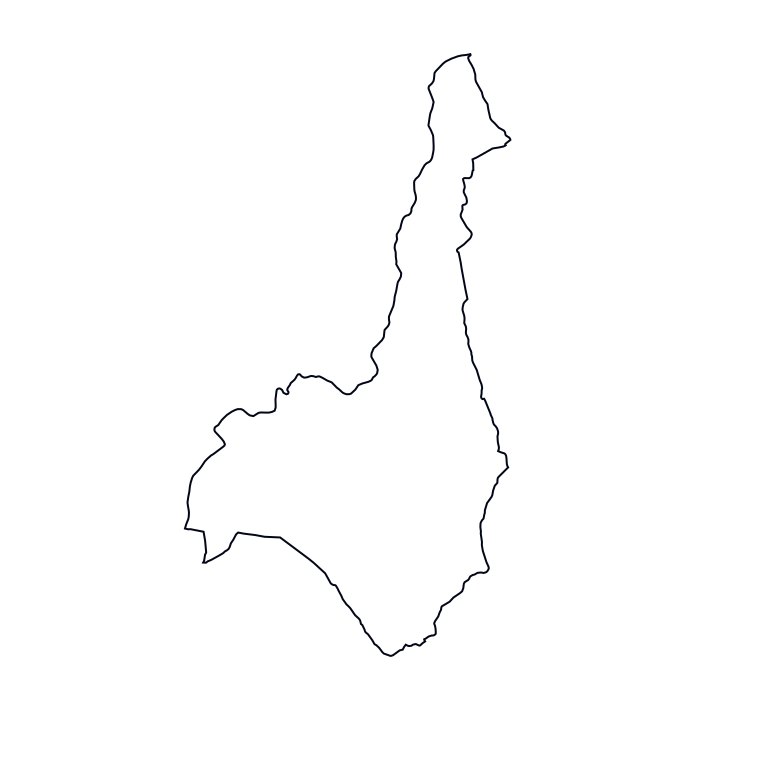 outline of Guachapala, Azuay, Ecuador, rotated 328°
{"feature_id": "8360857B86752754342516", "entity_name": "Guachapala", "entity_type": "district", "adm_level": 2, "iso_a3": "ECU", "parent_name": "Ecuador", "parent_adm1": "Azuay", "projection": "natural_earth1", "projection_center": [-78.692, -2.767], "detail": "fine", "context": "isolated", "style": "outline", "palette": "ink", "viewbox_px": 768, "rotation_deg": 328, "n_neighbors": 0, "source": "geoboundaries", "source_scale": "gbopen_adm2", "svg_char_len": 6166}
<svg xmlns="http://www.w3.org/2000/svg" viewBox="0 0 768 768"><g transform="rotate(328 384 384)"><path d="M613.6,246.1L613.6,245.6L613.8,244.9L615.4,244.5L620.5,244.0L620.9,242.9L620.7,241.2L619.2,238.2L619.1,237.3L619.4,236.1L619.9,235.2L620.1,233.8L619.9,232.5L617.1,227.4L616.1,221.9L615.1,218.0L614.9,216.2L615.0,214.9L617.7,207.1L620.0,201.7L620.1,200.9L619.9,197.9L620.0,193.2L621.6,188.4L622.2,176.4L622.9,174.2L625.4,169.9L627.0,164.1L627.4,159.3L627.4,155.6L628.0,152.3L628.8,151.4L631.5,151.1L631.9,150.6L632.0,150.0L628.5,148.7L623.9,146.5L620.2,145.2L613.5,143.8L607.1,143.2L605.3,143.4L603.7,143.6L593.5,146.2L591.6,147.1L588.1,151.7L586.4,153.4L584.0,154.5L579.9,155.3L579.3,155.8L578.3,157.2L576.5,166.9L575.6,170.9L575.2,171.5L571.0,175.8L567.0,178.8L565.5,180.3L559.0,187.9L558.6,188.7L558.3,193.4L557.4,198.9L556.6,200.7L552.5,208.0L550.2,211.6L548.5,213.6L544.8,217.5L542.9,218.8L541.6,219.3L540.3,219.6L536.8,219.4L534.3,220.0L530.0,222.3L525.8,225.0L523.4,226.2L519.3,227.0L517.1,228.1L516.1,229.4L512.9,234.9L512.0,236.9L511.0,240.4L510.0,242.7L508.7,244.7L506.2,246.6L501.4,249.0L500.2,249.9L498.7,252.0L496.7,253.4L494.3,253.7L492.5,253.1L491.4,253.0L489.9,253.1L487.8,253.9L486.1,255.1L483.4,257.5L480.2,260.8L474.1,263.9L473.0,265.6L471.9,268.1L469.7,270.0L468.2,270.8L467.0,271.8L465.4,273.8L464.9,274.7L463.8,278.2L463.1,279.6L461.4,282.4L459.5,286.7L457.8,289.0L457.4,299.0L455.3,301.8L452.8,303.4L449.8,304.9L448.1,306.6L443.8,311.4L439.3,315.7L437.1,318.6L433.4,322.7L424.0,329.4L422.6,331.5L421.2,334.7L419.5,336.3L417.4,337.3L413.7,338.3L413.0,338.6L408.7,344.1L405.7,345.7L397.6,347.7L394.2,348.2L389.8,351.3L388.0,353.6L387.6,354.9L387.3,364.2L386.2,368.6L384.3,370.8L382.9,371.8L380.2,372.5L378.2,372.6L376.4,373.7L375.5,374.1L374.6,374.2L372.0,373.9L366.0,372.1L361.6,371.4L356.6,373.6L350.9,374.7L349.3,374.3L346.9,372.9L345.2,370.9L344.3,369.2L343.2,365.1L342.0,361.8L340.5,354.9L337.6,350.9L335.3,346.5L333.4,343.5L332.4,342.7L330.0,342.0L328.3,340.0L326.7,338.7L325.6,338.3L322.5,337.6L320.8,336.9L319.6,336.2L318.3,334.1L317.8,331.5L317.4,330.8L316.1,330.3L314.5,330.9L311.4,332.6L309.7,333.1L305.4,333.8L303.6,335.0L300.5,336.3L299.2,337.2L298.7,338.3L298.8,339.9L298.4,340.7L297.7,341.3L297.0,341.3L295.8,341.0L294.1,338.2L294.4,335.0L294.0,334.0L293.4,332.8L292.6,332.1L291.3,331.8L290.1,332.1L289.3,332.8L283.7,339.7L280.4,345.4L279.4,346.8L277.1,348.7L274.2,348.3L271.8,347.5L270.1,346.6L264.5,342.9L262.3,342.0L256.2,342.0L253.5,339.4L252.5,337.0L250.7,331.3L249.5,329.6L246.7,327.8L244.1,327.2L240.4,326.8L234.5,327.0L230.1,327.9L227.0,328.7L221.7,331.0L218.3,331.0L217.0,331.6L216.1,332.6L215.5,333.9L215.5,335.2L217.3,344.5L217.6,347.9L217.3,349.9L217.0,351.0L215.9,351.7L214.0,352.0L202.4,353.0L199.2,353.0L194.5,353.8L191.0,354.7L185.6,357.2L181.6,358.7L173.6,360.7L171.5,362.0L167.8,365.2L165.3,367.8L161.8,372.2L158.3,375.9L154.6,380.3L153.2,383.3L151.3,388.0L150.4,389.8L148.3,392.8L146.4,394.9L142.0,398.1L138.6,401.1L140.9,403.4L143.0,404.6L152.7,413.7L149.2,422.2L144.0,432.5L143.6,432.9L141.9,433.8L138.6,437.6L138.0,438.4L136.0,439.6L138.3,441.2L140.5,441.0L144.2,441.6L153.2,442.1L158.1,442.2L160.3,441.7L162.7,441.8L164.5,441.6L165.5,441.2L167.1,440.2L169.7,438.0L173.7,436.2L178.1,433.6L179.4,433.0L181.6,432.7L185.8,436.6L194.8,443.9L201.8,450.3L214.6,459.1L227.4,492.0L229.6,498.3L233.8,513.4L233.2,524.9L233.9,526.6L234.7,527.8L235.8,528.5L236.3,529.4L236.3,532.2L235.9,535.8L235.6,540.9L235.0,544.6L235.4,551.1L236.1,553.6L236.6,556.3L237.0,564.8L238.3,569.4L238.5,571.1L238.3,572.4L237.3,575.3L237.9,577.0L237.3,582.1L236.8,583.9L236.9,585.1L237.8,587.7L238.3,595.0L238.1,599.6L239.2,601.7L239.5,602.9L240.1,605.3L240.5,610.5L241.0,612.5L245.3,617.9L245.9,618.3L248.0,618.8L256.1,618.2L259.1,619.2L261.8,617.6L264.3,616.6L265.2,618.2L266.2,619.4L268.4,620.5L270.5,620.4L273.2,621.4L275.1,624.3L275.7,624.8L276.9,624.7L279.3,624.2L282.5,624.1L282.5,622.8L282.8,621.8L284.1,622.0L288.0,621.8L291.0,622.5L292.6,623.4L293.9,623.6L295.4,623.3L296.0,622.5L297.9,619.2L299.1,616.2L299.5,614.1L299.9,613.4L301.8,612.1L306.8,609.9L310.3,607.1L312.6,605.8L314.3,603.8L315.2,603.2L324.3,603.4L329.7,601.9L337.7,601.6L340.4,601.2L343.1,599.1L345.7,595.9L346.6,595.2L347.6,594.8L351.5,594.8L352.5,594.5L355.0,593.0L356.1,592.9L358.0,593.0L359.9,593.6L363.2,593.7L366.3,595.2L368.3,597.0L370.6,597.7L372.2,597.6L374.5,596.5L375.3,595.6L375.8,594.4L376.5,589.3L379.4,577.8L381.6,572.5L383.4,569.8L386.8,562.1L388.0,560.5L389.9,556.4L391.9,553.5L392.8,552.7L394.9,551.5L396.8,551.0L397.7,550.3L399.3,548.4L401.2,546.7L402.6,544.6L408.3,539.6L415.0,536.9L416.7,535.9L420.1,532.2L424.0,529.0L427.7,527.9L429.9,524.8L430.8,524.0L431.9,523.5L445.1,520.5L445.2,518.7L445.8,516.9L448.5,511.9L449.5,509.6L449.7,507.9L449.3,506.6L447.2,504.2L445.2,501.4L446.9,500.0L447.9,498.6L449.7,493.7L450.9,491.4L452.6,488.4L454.3,486.8L455.4,485.1L455.8,483.9L456.4,481.5L456.3,479.1L455.9,477.4L455.8,476.1L456.1,474.7L457.1,471.7L457.7,470.7L458.2,466.4L458.5,466.0L460.9,452.1L461.1,449.6L459.6,449.0L459.2,448.2L459.2,447.2L459.6,446.2L461.7,443.8L463.4,441.2L464.9,439.7L465.5,438.6L466.5,436.0L467.3,431.4L470.1,421.1L470.8,413.4L471.1,411.7L471.5,410.5L473.3,407.2L473.8,405.2L474.8,403.5L475.2,402.0L475.7,398.2L476.7,394.6L477.9,393.1L479.2,390.9L479.8,388.1L479.8,386.5L480.1,385.3L480.6,383.9L483.0,380.6L483.9,378.5L484.3,374.9L487.0,371.2L488.1,368.9L489.6,363.4L490.4,361.9L492.0,360.0L494.2,357.9L495.9,357.2L499.8,356.2L503.1,347.2L510.8,327.7L513.5,321.4L517.0,312.0L516.4,310.7L516.6,309.5L517.1,308.9L518.2,308.4L525.5,308.0L534.0,306.2L535.1,305.7L536.9,304.4L537.7,303.6L538.3,302.0L538.3,301.0L537.3,294.6L537.6,284.3L537.9,282.6L538.8,281.0L543.0,277.8L544.8,274.5L545.5,274.1L546.1,274.1L547.9,274.7L548.8,274.7L549.6,274.5L550.3,274.0L551.0,273.2L551.6,272.1L552.6,269.5L553.2,263.8L554.2,262.1L556.5,260.3L557.1,259.3L558.0,257.1L559.1,253.2L559.8,252.0L561.0,251.9L561.7,252.2L565.3,254.6L566.8,254.7L568.4,254.0L569.7,252.8L572.0,250.3L572.4,249.9L573.1,250.0L576.7,243.9L578.1,240.4L582.6,241.0L600.9,241.8L606.8,244.3L611.2,245.9L613.6,246.1Z" fill="none" stroke="#020617" stroke-width="2"/></g></svg>